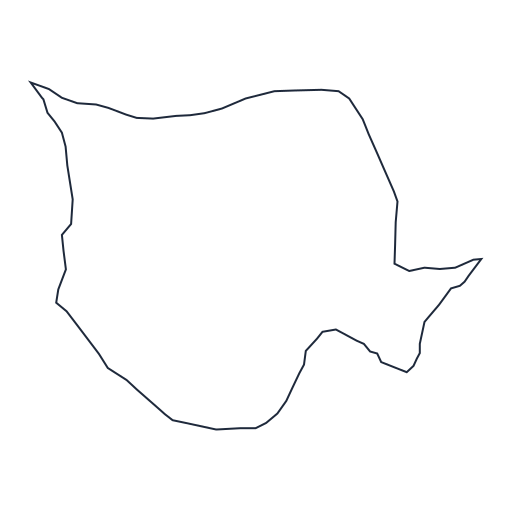 the district of Isin, Kwara, Nigeria
{"feature_id": "59680162B97277051818349", "entity_name": "Isin", "entity_type": "district", "adm_level": 2, "iso_a3": "NGA", "parent_name": "Nigeria", "parent_adm1": "Kwara", "projection": "robinson", "projection_center": [5.07, 8.257], "detail": "fine", "context": "isolated", "style": "outline", "palette": "slate", "viewbox_px": 512, "rotation_deg": 0, "n_neighbors": 0, "source": "geoboundaries", "source_scale": "gbopen_adm2", "svg_char_len": 1241}
<svg xmlns="http://www.w3.org/2000/svg" viewBox="0 0 512 512"><path d="M30.7,82.5L41.9,97.7L43.4,99.3L47.5,112.8L54.5,121.4L61.9,132.7L65.6,146.6L67.3,165.4L72.7,199.4L71.1,224.0L61.9,234.9L63.5,250.6L65.9,269.4L58.3,289.4L56.2,302.7L66.6,311.3L78.5,326.9L97.2,351.6L99.0,354.0L107.8,368.0L126.7,380.1L136.7,389.4L160.2,410.0L164.9,414.2L172.6,420.2L185.5,422.9L216.1,429.5L218.6,429.4L240.3,428.2L255.6,428.2L266.2,422.9L277.4,413.5L286.3,400.9L292.4,387.8L299.4,373.1L304.0,364.6L305.8,350.9L317.0,338.7L322.5,331.8L335.9,329.5L356.7,340.7L363.9,343.9L370.1,351.5L377.2,353.5L381.2,362.1L406.7,372.2L413.5,365.9L416.9,358.5L419.8,353.1L419.8,343.8L424.5,321.9L429.4,316.1L439.1,304.7L451.0,288.4L459.9,285.8L464.6,281.7L468.7,275.7L481.3,259.0L473.4,259.7L455.2,267.7L439.8,269.0L424.5,267.7L409.2,271.0L394.5,263.7L395.1,245.0L395.7,222.2L397.5,201.5L393.9,191.5L383.9,168.7L377.0,152.9L368.6,134.0L365.2,125.4L362.7,119.2L354.8,107.1L349.2,98.5L338.6,91.2L321.5,89.8L294.4,90.5L274.4,91.2L270.5,92.2L245.6,98.5L222.0,108.5L204.4,113.2L190.2,115.2L176.1,115.9L157.3,118.1L153.2,118.6L136.7,117.9L126.1,114.6L108.4,107.9L96.1,104.5L80.1,103.4L77.2,103.2L61.9,97.8L49.0,89.1L30.7,82.5Z" fill="none" stroke="#1e293b" stroke-width="2"/></svg>